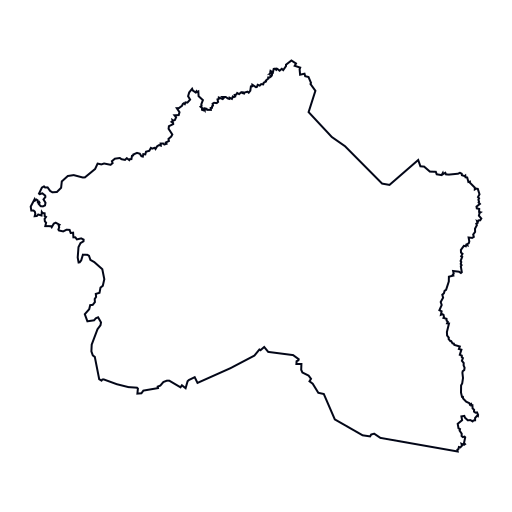 the district of Chiang Yuen, Maha Sarakham, Thailand
{"feature_id": "78962969B29991085586419", "entity_name": "Chiang Yuen", "entity_type": "district", "adm_level": 2, "iso_a3": "THA", "parent_name": "Thailand", "parent_adm1": "Maha Sarakham", "projection": "orthographic", "projection_center": [103.106, 16.417], "detail": "fine", "context": "isolated", "style": "outline", "palette": "ink", "viewbox_px": 512, "rotation_deg": 0, "n_neighbors": 0, "source": "geoboundaries", "source_scale": "gbopen_adm2", "svg_char_len": 5943}
<svg xmlns="http://www.w3.org/2000/svg" viewBox="0 0 512 512"><path d="M459.9,172.8L458.1,173.7L448.9,174.6L446.0,174.4L445.3,172.8L443.1,174.1L442.8,173.0L441.6,175.1L436.7,174.3L435.8,171.8L429.9,171.6L424.1,166.6L420.4,166.3L418.2,160.0L389.5,184.9L382.1,183.6L345.0,146.2L331.8,137.0L308.6,112.1L315.4,90.8L310.5,84.0L311.0,82.9L308.5,77.0L305.2,76.2L304.5,73.7L300.1,74.7L299.6,69.3L300.2,67.6L294.7,65.8L296.0,63.5L291.4,60.5L286.0,64.7L286.0,66.1L283.2,70.1L281.8,68.8L279.6,70.7L277.2,68.8L276.4,68.6L276.1,69.7L274.7,68.7L273.7,68.9L272.9,72.5L270.5,70.9L270.3,71.9L271.1,72.4L270.2,73.3L272.0,72.8L272.0,75.0L271.5,75.9L270.5,75.6L270.8,76.6L269.9,77.3L268.2,77.5L268.4,78.5L265.8,80.6L266.0,81.5L263.7,82.7L263.2,84.4L261.2,84.1L259.7,85.6L257.7,84.8L256.9,86.9L256.0,87.2L252.3,84.7L252.2,86.3L250.9,86.4L250.3,90.7L248.7,92.7L247.5,91.7L244.1,92.7L244.0,93.5L242.6,93.1L242.7,92.3L241.3,92.2L239.1,94.1L237.2,93.0L236.3,94.6L234.7,94.9L235.2,96.5L233.9,97.1L232.8,96.5L231.9,98.9L229.5,97.7L229.3,98.9L228.1,98.6L225.7,97.0L222.6,97.0L223.7,98.0L222.7,99.1L218.8,97.5L218.7,99.0L217.5,99.4L218.1,101.9L216.7,103.1L214.1,102.8L212.6,103.7L213.0,105.6L212.1,106.2L212.0,107.8L210.7,108.0L210.9,109.9L207.2,109.9L206.6,108.8L205.0,108.4L204.8,110.4L203.9,109.1L203.4,110.3L202.0,109.8L202.1,108.0L200.5,106.7L201.6,105.8L201.3,104.3L202.9,100.1L198.6,96.2L198.3,91.4L197.1,92.0L196.5,91.2L195.7,92.5L192.8,90.5L192.1,88.8L189.2,92.4L188.1,96.2L190.1,99.6L187.4,102.6L185.5,102.4L184.8,104.1L183.8,103.3L182.8,104.0L182.0,105.8L178.9,108.1L176.8,108.2L179.5,112.2L178.7,115.1L174.5,115.3L176.1,117.3L174.9,120.0L173.3,120.6L172.4,120.0L172.6,121.3L171.6,121.9L173.1,122.9L173.2,124.1L168.9,126.2L168.6,128.8L172.3,134.5L171.2,136.6L168.5,138.9L168.9,141.0L165.8,142.5L166.5,143.8L164.3,144.5L163.2,143.5L160.6,143.5L160.8,145.6L159.1,145.1L157.2,146.2L155.5,149.0L154.7,147.8L152.2,148.6L150.9,147.9L149.3,150.8L146.0,151.7L145.3,154.4L143.3,154.1L142.8,156.6L141.4,156.2L139.8,153.7L137.0,152.9L133.3,154.5L133.2,155.4L132.0,155.8L131.4,159.1L129.8,159.2L129.3,160.1L126.8,158.2L125.0,159.9L121.5,159.2L119.8,158.0L114.9,158.7L111.9,161.2L112.6,163.1L110.6,164.8L104.1,163.5L101.4,164.4L97.6,163.6L95.1,169.0L84.9,177.4L82.8,177.5L73.7,175.1L67.8,176.0L61.8,181.4L61.1,187.8L56.9,192.0L52.4,192.3L50.2,191.0L47.6,187.4L45.1,187.5L44.0,186.4L41.9,187.6L39.0,193.6L39.7,194.2L42.3,193.3L45.2,195.6L45.4,197.0L43.5,199.4L45.5,202.8L45.0,205.4L42.9,206.4L40.7,206.2L38.7,203.9L39.6,202.8L39.0,201.7L37.8,202.1L37.6,200.3L36.3,199.5L35.1,200.5L34.6,199.2L30.7,206.6L31.3,210.5L33.5,210.5L34.8,211.6L35.3,213.7L34.7,216.2L36.8,216.0L38.2,214.5L41.5,215.5L41.8,212.0L42.5,213.0L44.6,213.3L44.7,216.1L46.0,216.9L44.6,218.9L44.9,221.4L46.1,222.7L45.3,226.1L51.0,226.2L51.7,227.2L53.8,223.6L55.7,222.7L59.5,224.8L58.7,225.6L59.2,227.2L58.4,229.6L59.0,230.5L63.2,231.4L66.6,229.7L69.6,229.9L70.7,233.0L73.1,232.7L73.4,237.3L75.3,237.3L76.9,239.4L81.2,238.4L83.6,239.6L83.5,241.3L80.5,243.1L78.5,247.1L77.7,257.5L78.6,262.5L79.7,262.3L81.2,260.4L82.9,254.7L87.3,254.8L89.0,255.8L90.4,259.9L94.3,262.1L102.3,269.2L104.3,279.2L102.8,285.8L100.5,287.6L99.5,292.8L95.8,293.9L96.1,296.9L94.7,299.0L94.9,302.1L92.7,304.9L90.2,305.1L89.2,309.2L84.8,314.2L87.4,321.3L94.1,320.3L95.8,318.3L98.1,317.3L101.0,322.4L100.5,325.2L97.5,329.2L91.7,344.6L91.4,351.4L92.8,355.4L94.8,356.9L99.2,379.2L101.5,380.6L102.4,379.5L103.7,379.4L116.8,384.2L128.4,387.1L137.0,387.7L137.9,388.6L137.4,393.6L141.4,393.3L143.4,390.6L158.0,388.1L157.7,386.6L160.3,385.6L163.4,382.0L166.8,380.7L169.3,380.7L180.5,387.3L181.9,385.3L185.6,388.2L187.6,381.2L188.9,380.0L194.7,377.2L197.5,382.9L230.4,368.2L254.4,355.6L259.4,349.5L260.5,350.2L264.2,347.0L268.2,351.9L293.1,355.1L298.7,359.2L298.4,360.3L296.6,361.2L296.4,364.0L301.4,364.0L301.2,369.8L302.4,372.5L308.6,375.6L311.0,378.8L309.5,381.3L312.7,383.7L318.3,392.8L323.8,394.0L334.8,419.4L362.6,435.3L370.1,436.4L371.2,434.5L374.2,433.7L380.4,437.9L457.7,451.5L457.4,449.7L458.4,449.1L458.9,447.0L460.3,447.4L462.0,445.6L461.5,443.8L464.0,444.8L465.0,444.1L464.0,443.1L465.2,437.3L464.5,436.6L462.8,437.1L461.6,436.0L461.7,433.7L459.6,430.6L460.0,429.1L458.5,428.3L457.7,423.8L462.1,420.2L461.4,416.4L464.3,415.9L465.0,417.7L467.8,420.3L470.4,420.1L472.6,421.4L473.4,420.5L475.1,420.3L475.1,418.0L477.0,415.8L477.9,416.2L478.1,414.9L477.0,412.4L475.5,412.7L474.0,411.6L474.1,409.8L472.6,408.4L472.4,405.2L471.2,405.4L471.1,404.0L469.9,404.6L469.4,403.2L466.2,401.7L463.1,398.5L462.9,396.9L462.0,396.9L461.0,392.6L461.1,385.4L462.2,383.4L463.0,378.0L462.4,372.8L462.7,371.2L464.2,370.1L464.6,367.8L463.6,365.4L463.7,363.0L461.9,360.8L462.9,358.1L461.8,357.2L461.8,355.6L459.8,354.8L461.4,349.7L458.9,349.0L459.8,346.5L454.3,344.9L453.8,343.6L452.5,343.4L451.2,341.1L450.3,341.1L448.6,339.0L448.8,337.7L447.1,335.5L446.9,332.0L449.0,323.5L447.1,323.3L447.8,321.8L446.6,320.6L446.5,318.8L443.5,317.9L444.0,317.1L443.5,314.8L442.4,314.2L440.9,314.8L441.6,311.3L439.4,310.2L441.7,305.0L440.7,302.0L443.1,297.7L442.3,294.7L443.9,293.3L444.6,290.8L446.1,289.8L448.8,281.5L448.9,276.7L453.3,275.6L452.8,274.6L453.7,273.7L453.1,271.0L459.0,271.7L460.9,273.0L461.8,272.2L460.8,266.2L461.6,265.1L460.7,263.9L461.3,262.0L460.6,261.0L462.2,256.9L461.2,256.3L462.5,253.8L461.0,252.6L460.9,249.9L463.9,245.8L465.8,246.3L466.2,244.9L467.4,245.3L467.0,244.2L468.7,243.3L469.3,241.5L468.6,237.5L472.2,237.9L473.8,236.9L473.2,234.5L475.1,231.9L475.0,228.7L476.9,225.1L476.3,223.7L477.6,222.9L477.1,221.3L477.9,221.8L478.5,220.4L480.2,220.3L481.3,218.5L478.9,215.7L479.5,213.1L480.6,212.3L479.1,211.9L479.2,208.9L476.8,208.4L476.5,206.6L479.9,203.9L478.6,202.5L479.0,201.6L478.4,199.7L479.1,198.3L478.0,197.1L479.5,194.3L477.8,188.9L476.2,188.6L474.8,189.4L474.8,187.6L469.9,182.7L469.9,181.6L468.4,182.0L467.2,177.5L465.5,177.3L465.3,175.6L464.7,176.1L461.9,175.2L461.7,173.7L459.9,172.8Z" fill="none" stroke="#020617" stroke-width="2"/></svg>